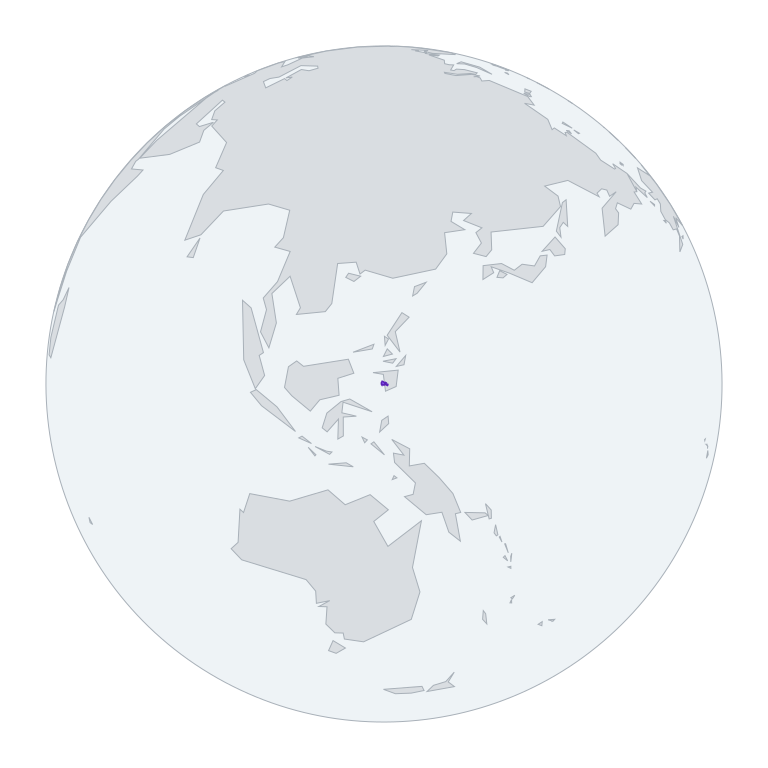 globe centered on Sultan Kudarat, rotated 31°
{"feature_id": "PHL-2580", "entity_name": "Sultan Kudarat", "entity_type": "Province", "adm_level": 1, "iso_a3": "PHL", "parent_name": "Philippines", "parent_adm1": "", "projection": "orthographic", "projection_center": [124.544, 6.496], "detail": "fine", "context": "on_globe", "style": "filled", "palette": "violet", "viewbox_px": 768, "rotation_deg": 31, "n_neighbors": 0, "source": "natural_earth", "source_scale": "10m", "svg_char_len": 8703}
<svg xmlns="http://www.w3.org/2000/svg" viewBox="0 0 768 768"><g transform="rotate(31 384 384)"><circle cx="384" cy="384" r="338" fill="#eef3f6" stroke="#a8b0b8"/><path d="M651.5,497.8L651.1,500.1L650.8,500.4L651.5,497.8ZM558.4,94.5L548.4,91.2L556.2,97.9L545.7,91.2L568.2,110.5L569.6,118.4L561.1,105.0L554.9,100.4L552.5,102.9L545.6,98.9L540.4,98.2L532.4,93.5L528.1,87.3L522.8,84.5L521.4,86.6L512.5,84.1L515.4,81.3L500.1,77.0L490.0,68.2L504.2,68.6L491.8,63.7L491.6,63.7L514.6,72.3L536.9,82.6L558.4,94.5ZM698.6,281.6L695.8,274.2L698.3,277.7L698.6,281.6ZM693.5,270.5L694.6,272.8L693.6,271.0L693.5,270.5ZM692.4,269.8L693.2,270.3L692.5,270.5L692.4,269.8ZM691.1,269.8L691.7,269.4L691.7,269.8L691.1,269.8ZM688.2,267.4L687.4,266.6L687.7,265.6L688.2,267.4ZM563.4,104.2L563.9,102.9L565.8,105.7L563.4,104.2ZM541.1,98.9L543.2,100.8L539.6,99.7L541.1,98.9ZM524.2,92.0L517.9,90.3L523.5,90.8L524.2,92.0ZM513.7,88.6L498.5,85.5L501.7,88.9L483.9,78.4L502.8,83.9L509.2,83.8L509.1,85.9L513.7,88.6ZM476.5,73.6L472.2,72.3L475.9,72.6L476.5,73.6ZM483.7,61.1L483.1,60.9L472.3,57.8L469.7,57.2L469.0,56.9L483.7,61.1ZM447.1,52.0L459.2,54.6L458.9,54.5L447.1,52.0ZM440.5,50.8L441.0,50.9L439.9,50.7L440.5,50.8ZM94.8,209.2L94.3,210.8L113.0,184.4L114.1,180.7L128.3,163.1L133.0,158.7L132.9,164.9L137.2,159.9L146.2,146.6L155.4,139.5L150.4,141.6L145.6,147.0L142.4,148.9L146.6,144.3L149.7,141.6L152.3,138.4L140.3,149.9L163.1,128.3L187.8,108.8L214.3,91.8L215.9,91.3L221.6,87.6L235.4,80.5L235.5,80.5L243.6,76.9L249.0,74.4L242.4,77.2L268.7,66.4L271.6,65.4L275.7,64.8L255.3,75.6L246.9,78.3L250.0,75.4L235.2,83.3L242.1,80.1L239.2,82.4L250.3,78.2L248.8,79.6L262.0,73.6L261.4,75.0L253.0,78.8L268.9,75.4L271.0,78.2L275.4,76.8L279.4,74.6L279.4,80.5L282.6,79.3L283.9,76.8L291.0,73.1L303.6,69.3L303.0,71.5L298.3,73.2L287.5,80.7L275.2,85.7L276.2,86.4L286.8,82.6L299.9,73.3L307.7,70.5L302.6,74.5L305.1,72.8L308.8,72.1L311.8,73.9L317.9,69.6L359.1,63.6L369.1,67.6L359.9,71.0L388.1,72.8L397.1,79.4L398.1,76.8L412.4,77.3L409.7,75.1L411.3,74.0L446.7,77.1L454.4,80.5L470.9,81.0L471.5,80.0L466.6,77.4L483.9,78.4L501.7,88.9L499.5,90.6L512.2,97.0L505.3,100.4L505.5,107.0L490.7,108.5L492.2,114.5L497.0,116.5L502.6,126.9L497.4,143.4L480.4,121.0L484.0,99.6L480.7,106.9L475.1,103.0L470.0,104.6L468.3,110.7L472.0,112.7L436.7,114.8L419.8,131.6L436.4,133.3L443.9,141.0L439.2,166.9L397.5,198.6L407.2,213.5L405.9,222.2L393.4,225.9L394.9,213.0L384.8,206.9L387.5,199.7L368.0,202.9L371.1,192.8L354.4,201.2L357.7,210.1L373.8,210.1L358.0,223.1L370.8,240.1L369.1,258.9L337.1,288.8L309.2,296.1L306.8,302.1L297.4,293.9L282.2,304.6L297.8,341.9L296.4,352.2L273.1,369.5L273.1,361.7L248.0,340.0L241.3,364.2L260.3,387.1L266.7,412.3L251.3,402.9L245.0,380.8L236.2,372.5L240.0,351.1L235.3,318.7L219.9,322.9L222.4,310.4L213.7,283.6L192.3,289.2L157.3,318.4L150.2,350.4L139.2,363.3L131.5,314.6L136.3,283.7L128.3,285.3L124.7,258.1L103.5,251.6L105.1,243.5L100.1,246.1L98.3,236.9L102.5,224.3L99.3,223.9L89.2,257.7L93.2,258.4L103.0,247.5L98.9,259.4L101.3,271.6L82.1,297.5L58.3,316.3L63.7,292.3L85.8,226.1L89.5,219.6L89.9,218.9L90.7,217.5L84.7,227.8L91.1,215.7L70.9,259.7L64.2,278.7L57.8,317.7L56.5,321.0L56.8,329.7L67.2,324.7L65.6,332.7L55.9,368.0L48.3,414.5L53.8,450.6L60.9,480.7L63.7,491.8L56.8,468.3L51.5,444.5L48.0,420.3L46.3,395.9L46.3,371.4L48.1,347.1L51.7,322.9L56.9,299.0L63.9,275.6L72.6,252.7L82.9,230.6L94.8,209.2ZM124.9,186.9L130.1,191.1L141.5,173.4L144.5,173.9L147.3,168.1L142.3,172.2L151.2,157.0L158.4,154.1L164.8,147.3L163.4,145.7L148.8,153.9L135.9,175.0L128.9,180.9L124.9,186.9ZM351.7,47.6L348.9,47.9L349.1,47.9L351.7,47.6ZM373.6,46.2L371.0,46.3L359.7,47.0L362.3,46.8L373.6,46.2ZM401.6,46.5L395.9,46.3L395.6,46.3L401.6,46.5ZM310.4,54.5L315.0,53.4L316.5,53.2L328.6,50.9L328.3,51.3L320.9,52.8L310.4,54.5ZM109.5,188.2L105.9,192.6L107.8,189.7L108.6,188.7L109.5,188.2ZM312.2,54.5L317.2,53.4L313.9,54.4L312.2,54.5ZM328.8,51.6L326.1,52.5L329.7,51.1L328.8,51.6ZM199.7,650.2L206.6,654.5L203.5,654.2L199.7,650.2ZM70.5,482.3L84.9,533.1L81.9,531.5L74.4,515.5L64.4,484.1L65.6,477.0L64.3,463.5L70.5,482.3ZM351.6,477.3L362.1,479.7L361.8,481.2L351.6,477.3ZM340.6,470.9L352.5,472.4L338.7,474.1L340.6,470.9ZM357.1,473.1L369.2,471.2L374.4,469.1L373.6,472.3L357.1,473.1ZM332.6,470.3L290.2,465.7L273.8,459.9L277.4,454.6L304.0,458.7L332.6,470.3ZM276.1,454.3L251.3,435.5L219.6,385.1L230.9,387.2L264.5,419.2L262.3,423.8L277.3,438.2L276.1,454.3ZM337.1,430.6L334.8,445.2L311.1,441.6L300.5,438.2L293.2,418.4L297.3,409.2L305.9,410.3L340.7,381.1L352.6,390.3L341.5,402.9L351.3,416.8L337.1,430.6ZM151.1,353.6L155.4,373.9L149.7,376.4L151.1,353.6ZM355.9,360.0L341.1,372.7L354.9,355.1L355.9,360.0ZM364.7,343.1L365.1,350.3L359.8,342.9L364.7,343.1ZM305.4,311.6L296.3,312.3L296.6,307.3L308.5,303.6L305.4,311.6ZM367.7,275.1L365.7,289.1L363.2,293.8L360.0,284.8L367.7,275.1ZM317.1,62.9L300.5,65.0L288.4,68.1L281.3,72.0L284.2,68.1L302.8,63.1L317.1,62.9ZM354.0,62.9L360.1,60.6L362.3,61.8L361.2,62.5L354.0,62.9ZM354.3,61.3L352.8,58.4L359.4,57.3L359.3,59.8L354.3,61.3ZM331.8,54.5L326.9,54.8L329.6,53.9L331.8,54.5ZM572.3,623.6L576.2,626.1L566.6,634.9L553.3,643.6L540.8,646.0L572.3,623.6ZM473.8,641.1L472.5,630.2L486.9,630.2L481.7,639.5L473.8,641.1ZM581.6,616.8L590.2,607.3L592.6,594.8L592.5,606.3L600.2,607.1L579.3,625.4L581.6,616.8ZM418.0,591.8L352.6,608.0L337.8,603.9L340.5,594.9L325.0,565.5L329.8,566.5L325.4,547.1L363.5,533.0L390.5,503.6L412.9,507.5L429.1,486.0L452.5,489.6L446.0,507.1L471.0,521.2L486.5,481.9L502.9,526.6L521.9,543.7L528.6,571.7L499.3,615.5L481.4,623.0L477.3,618.5L470.0,622.6L457.8,619.7L449.9,604.3L442.7,608.3L449.1,597.6L439.0,606.8L432.1,596.7L418.0,591.8ZM585.8,527.1L589.5,528.6L595.7,536.7L589.7,534.9L585.8,527.1ZM642.0,506.2L643.8,509.9L639.9,510.6L642.0,506.2ZM650.8,500.4L646.1,501.6L651.5,497.8L650.8,500.4ZM604.3,503.0L606.2,505.9L604.7,506.7L604.3,503.0ZM602.8,501.9L604.9,497.7L604.7,502.1L602.8,501.9ZM584.5,477.0L586.6,474.9L587.7,476.7L584.5,477.0ZM377.7,481.3L392.2,471.0L400.3,470.8L377.7,481.3ZM581.1,471.9L575.5,471.1L576.1,468.8L581.1,471.9ZM581.4,466.5L580.7,463.2L584.3,471.2L581.4,466.5ZM570.5,458.3L577.5,464.7L569.8,458.9L570.5,458.3ZM566.5,458.7L561.6,455.8L561.9,454.8L566.5,458.7ZM512.0,458.4L530.4,479.4L515.9,477.6L499.7,464.1L487.5,474.3L459.6,470.0L465.8,463.6L461.9,452.6L433.5,445.8L427.7,438.4L437.7,434.7L419.2,427.5L439.4,426.3L447.9,441.2L459.4,431.2L479.6,435.9L499.5,442.4L515.9,454.6L512.0,458.4ZM439.8,457.4L443.4,457.8L440.3,461.7L439.8,457.4ZM552.1,447.1L559.3,454.6L558.5,456.3L555.0,454.9L552.1,447.1ZM519.5,452.4L537.0,442.4L541.1,443.0L529.6,455.2L519.5,452.4ZM532.6,434.3L540.8,436.8L545.2,443.8L543.6,445.5L532.6,434.3ZM398.5,440.5L397.7,444.3L392.5,440.8L398.5,440.5ZM405.1,438.8L420.9,444.5L403.7,442.0L405.1,438.8ZM358.3,420.7L362.7,430.4L376.9,425.8L366.1,433.3L375.9,449.5L372.8,455.0L363.0,437.5L359.9,454.3L353.6,453.4L350.0,438.4L356.2,421.2L362.4,414.5L388.1,413.9L358.3,420.7ZM405.0,427.4L400.8,416.3L404.0,409.4L408.4,415.5L405.0,427.4ZM389.0,389.4L378.5,376.1L368.7,379.9L389.0,364.8L395.7,379.9L389.0,389.4ZM380.7,361.7L371.4,365.0L381.3,356.1L380.7,361.7ZM369.3,360.7L368.7,352.2L375.8,354.0L369.3,360.7ZM385.5,362.6L387.9,348.4L391.2,357.2L385.5,362.6ZM366.7,333.3L381.3,348.4L361.6,340.6L362.6,313.6L371.1,313.8L366.7,333.3ZM425.9,234.4L424.8,227.3L433.0,226.7L431.4,231.7L425.9,234.4ZM458.8,220.9L434.9,224.3L415.5,228.3L420.7,232.1L415.0,243.5L408.0,231.5L422.7,220.2L437.1,219.4L440.7,210.2L452.2,205.3L451.9,193.7L457.4,189.5L462.1,200.2L458.8,220.9ZM451.2,188.8L454.9,169.9L469.7,174.7L472.2,179.9L464.3,186.3L456.9,183.3L451.2,188.8ZM460.1,167.0L453.0,164.2L443.5,136.6L445.2,132.3L460.3,154.3L454.4,153.1L454.1,159.4L460.1,167.0ZM472.8,73.6L472.2,72.4L475.4,74.0L472.8,73.6ZM409.6,72.8L412.3,71.6L415.9,73.0L409.6,72.8ZM421.8,69.3L415.8,68.5L422.4,68.4L421.8,69.3ZM402.4,67.3L413.6,67.8L402.5,68.8L402.4,67.3Z" fill="#d9dde1" stroke="#a8b0b8" stroke-width="1"/><path d="M383.0,386.1L382.3,385.8L382.2,385.8L382.0,385.6L381.9,385.5L381.8,385.3L381.8,385.2L381.4,384.8L381.2,384.6L381.1,384.3L381.1,384.0L381.1,383.9L381.0,383.7L381.1,383.1L381.0,382.6L382.1,382.4L382.3,382.5L383.6,382.6L383.9,382.6L384.1,382.5L384.2,382.3L384.2,382.2L384.3,381.9L384.6,381.9L384.6,382.0L385.0,381.9L384.9,382.3L385.0,382.4L385.2,382.5L385.3,382.7L385.4,382.9L385.5,383.1L385.9,383.2L386.1,383.2L385.9,382.9L386.0,382.8L386.1,382.6L387.5,382.3L387.6,382.6L387.7,382.8L387.8,382.9L387.8,383.0L387.7,383.6L386.7,383.6L386.2,383.6L385.8,383.8L385.7,383.8L385.4,383.3L385.2,383.2L384.8,383.4L384.7,383.4L384.5,383.2L384.5,383.3L384.5,383.5L384.4,383.8L384.4,384.0L384.5,384.2L384.5,384.3L384.5,384.6L384.6,384.8L384.6,385.0L382.3,385.2L382.4,385.4L382.6,385.6L383.0,386.0L383.0,386.1Z" fill="#8b5cf6" stroke="#5b21b6" stroke-width="1.5"/></g></svg>